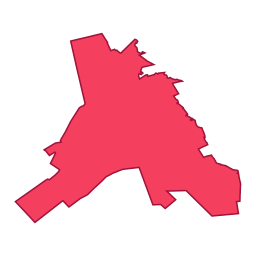 Alexandria, Teleorman, Romania (Robinson projection)
{"feature_id": "2599482B3696465031488", "entity_name": "Alexandria", "entity_type": "district", "adm_level": 2, "iso_a3": "ROU", "parent_name": "Romania", "parent_adm1": "Teleorman", "projection": "robinson", "projection_center": [25.389, 43.982], "detail": "fine", "context": "isolated", "style": "filled", "palette": "rose", "viewbox_px": 256, "rotation_deg": 0, "n_neighbors": 0, "source": "geoboundaries", "source_scale": "gbopen_adm2", "svg_char_len": 3231}
<svg xmlns="http://www.w3.org/2000/svg" viewBox="0 0 256 256"><path d="M15.4,201.6L22.4,209.0L27.5,214.4L34.9,222.4L45.6,214.1L57.4,204.9L60.1,202.8L62.4,201.1L62.9,200.7L68.9,207.0L73.0,204.0L78.3,200.0L80.4,198.4L82.6,197.3L87.5,194.7L94.4,187.9L101.1,181.8L106.4,176.5L108.5,175.6L112.8,173.2L122.2,169.5L125.1,169.0L131.5,168.3L139.1,167.4L139.9,169.5L152.9,204.8L160.7,204.5L165.2,208.5L175.7,199.7L166.7,191.1L184.4,190.6L186.1,190.6L212.0,216.0L238.5,213.6L238.5,213.3L238.4,212.8L238.0,210.7L237.8,209.6L237.5,207.5L237.2,205.7L236.8,203.2L236.5,201.6L239.9,201.2L240.0,198.5L240.0,195.7L240.2,192.7L240.4,187.1L240.6,184.3L240.5,183.6L240.2,182.0L239.9,181.1L239.6,179.5L238.9,176.4L238.8,175.1L238.5,173.6L238.4,173.1L238.1,173.1L237.7,173.2L237.4,173.2L237.5,173.0L237.8,172.8L238.1,172.7L238.3,172.5L238.1,171.7L237.9,170.8L237.9,170.6L237.6,170.4L237.4,170.4L236.9,170.3L236.3,170.2L235.6,170.1L233.6,169.8L233.2,169.8L232.9,169.7L231.7,169.0L230.7,168.5L229.9,168.0L229.3,167.8L228.9,167.5L226.8,166.3L226.4,166.1L226.0,166.1L225.9,165.9L225.9,165.7L224.9,165.5L223.4,165.2L222.1,164.9L220.7,164.8L220.7,164.2L218.4,163.7L216.5,163.1L214.2,158.9L212.3,156.7L211.5,155.1L208.9,155.7L206.3,156.3L203.7,157.5L198.4,149.1L201.9,147.3L204.8,146.0L207.7,144.7L207.5,144.1L207.1,143.4L207.0,142.8L206.7,142.5L206.2,142.3L205.9,141.7L204.5,139.4L204.6,138.7L204.9,137.8L203.3,137.4L204.9,137.0L205.0,136.3L204.9,135.9L203.7,132.3L203.0,130.9L202.7,130.1L201.9,127.9L199.4,127.4L198.3,127.0L197.2,126.2L196.4,125.2L195.9,123.8L195.3,121.7L195.4,121.3L195.1,120.4L193.8,119.6L190.7,120.4L190.4,120.0L192.3,118.5L190.9,118.0L189.6,117.0L188.0,116.3L187.2,115.5L185.4,115.8L187.6,114.2L186.1,112.0L185.3,111.2L183.6,108.7L183.2,108.9L183.0,108.6L183.4,108.4L183.3,107.8L182.8,107.3L177.8,103.2L177.1,103.5L177.0,103.2L178.3,102.5L178.2,102.0L177.5,100.1L176.2,99.5L173.6,96.1L178.6,93.7L175.5,88.6L173.1,84.8L172.5,83.4L177.1,82.2L179.0,81.7L182.3,81.2L181.4,80.6L181.2,80.5L178.6,80.1L177.4,79.4L176.8,79.3L175.7,79.7L172.4,78.9L172.1,78.8L170.2,77.5L169.2,77.8L168.6,78.3L167.8,78.2L167.3,77.5L167.0,76.0L166.6,75.5L166.2,75.0L164.8,74.8L164.5,74.6L164.2,74.3L164.0,73.6L164.4,72.8L164.6,72.5L158.6,73.1L158.2,73.9L157.7,73.9L156.9,73.3L155.6,73.2L154.4,74.5L152.1,75.2L147.6,76.4L147.5,74.8L145.7,75.0L139.6,79.0L138.6,75.9L138.8,74.3L139.1,73.7L141.2,74.6L142.9,73.1L141.6,71.9L140.8,72.4L140.7,70.4L140.9,70.3L142.0,67.3L153.8,64.6L147.3,61.1L139.3,55.1L144.9,52.9L142.6,51.8L142.1,52.1L141.9,52.7L141.0,53.1L139.9,53.2L139.1,52.5L138.2,52.3L137.3,51.0L137.4,49.7L136.8,47.5L135.0,46.0L134.8,45.0L135.6,43.0L136.6,43.3L137.7,41.3L136.4,39.9L134.9,39.3L129.6,44.5L123.7,50.3L123.1,50.8L121.3,52.8L120.3,53.1L117.8,51.2L116.9,50.2L115.6,50.5L114.7,49.3L110.8,50.6L108.5,45.7L107.3,43.1L107.5,42.9L107.6,42.6L107.2,41.9L104.9,38.4L101.9,33.6L72.6,40.6L70.7,41.1L73.0,51.2L76.4,66.4L79.2,78.3L85.1,103.6L83.7,105.6L81.2,106.6L79.7,107.6L79.0,108.3L70.6,121.6L65.1,132.4L61.1,139.1L60.4,140.8L61.2,142.1L55.3,143.1L44.1,149.8L44.6,150.3L45.0,149.9L49.4,155.5L54.8,152.2L55.5,153.2L50.4,163.5L59.6,169.7L58.5,171.7L55.1,175.1L49.4,179.7L47.7,179.1L46.0,180.0L15.4,201.6Z" fill="#f43f5e" stroke="#9f1239" stroke-width="1.5"/></svg>